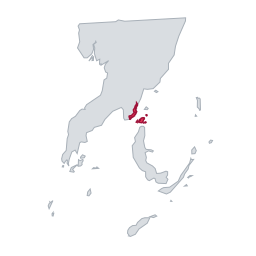 Tawae/Siassi District, Morobe, Papua New Guinea (highlighted), rotated 87°
{"feature_id": "67681753B89980721222980", "entity_name": "Tawae/Siassi District", "entity_type": "district", "adm_level": 2, "iso_a3": "PNG", "parent_name": "Papua New Guinea", "parent_adm1": "Morobe", "projection": "robinson", "projection_center": [147.705, -5.833], "detail": "fine", "context": "in_parent", "style": "filled", "palette": "rose", "viewbox_px": 256, "rotation_deg": 87, "n_neighbors": 0, "source": "geoboundaries", "source_scale": "gbopen_adm2", "svg_char_len": 6792}
<svg xmlns="http://www.w3.org/2000/svg" viewBox="0 0 256 256"><g transform="rotate(87 128 128)"><path d="M21.4,170.8L21.2,134.7L19.6,132.0L21.2,125.6L21.0,64.7L24.1,65.0L38.8,72.4L48.8,76.3L57.5,78.1L65.5,84.2L71.5,84.5L80.2,93.1L83.8,93.7L90.0,100.8L90.4,106.6L89.7,110.2L99.2,113.7L108.2,118.7L113.2,119.2L115.9,120.9L119.3,125.1L119.9,130.8L117.9,131.8L109.5,131.7L107.1,133.6L110.5,142.4L118.2,150.6L123.9,154.3L125.6,161.6L128.6,163.9L130.5,169.7L133.5,170.3L139.3,169.4L140.2,171.8L139.4,175.5L140.2,177.0L150.9,180.1L147.3,182.0L149.0,185.4L156.0,188.3L160.3,189.4L162.9,189.0L159.9,190.7L157.1,190.2L156.6,190.7L157.8,192.1L160.0,193.6L157.7,195.6L155.3,195.9L151.0,194.6L147.2,190.9L135.5,189.3L131.5,187.7L128.3,188.3L118.8,186.3L115.7,183.8L113.6,179.9L108.0,175.2L106.7,172.9L107.2,169.9L105.7,170.3L102.5,168.1L93.9,153.8L89.5,151.8L78.7,149.4L77.1,146.6L72.0,145.5L70.9,147.4L66.7,148.6L63.2,147.3L59.7,143.8L63.9,151.7L62.4,151.6L63.1,152.9L62.3,153.1L57.8,152.6L59.2,155.8L51.7,157.7L46.2,157.0L43.5,157.8L42.4,157.7L41.0,155.3L39.0,155.8L40.7,155.8L42.8,158.6L47.5,158.2L52.0,160.3L55.8,165.0L55.6,168.2L45.4,174.2L39.4,171.7L30.6,172.3L27.5,171.3L23.6,172.5L21.4,170.8ZM177.0,90.9L179.2,92.5L181.3,90.8L185.5,92.9L184.7,100.8L183.3,102.9L179.8,103.7L179.4,104.9L181.7,109.5L180.7,111.2L177.7,112.9L172.6,112.7L171.3,115.9L168.5,118.7L157.6,124.3L145.9,124.7L142.0,121.3L137.9,121.9L132.4,117.8L127.9,116.2L127.0,114.6L127.1,112.6L128.3,111.4L136.5,111.6L141.6,113.2L148.4,112.2L150.3,111.0L151.0,106.0L152.2,103.9L153.3,104.8L151.9,108.7L153.5,112.2L158.3,111.2L161.4,112.0L163.8,111.0L167.2,105.5L169.9,103.0L174.9,101.8L174.8,97.8L173.1,92.3L173.8,90.7L177.0,90.9ZM236.4,131.2L235.8,133.0L235.5,132.4L233.0,134.0L230.1,133.5L227.6,131.7L225.7,128.6L225.6,125.0L222.8,123.4L219.2,118.9L218.5,115.9L218.8,110.9L224.1,113.8L229.4,122.3L234.5,126.2L236.4,131.2ZM195.9,93.1L192.5,101.0L190.3,97.7L189.4,95.5L189.3,89.5L183.7,80.6L177.9,77.6L166.2,68.3L161.6,66.8L162.8,66.4L162.8,64.1L168.5,69.0L172.1,70.1L176.9,73.9L180.1,75.2L194.3,89.1L195.9,93.1ZM102.8,54.4L113.8,54.7L114.0,55.7L112.6,55.9L110.7,57.7L104.1,57.2L101.2,58.2L101.0,56.8L102.1,56.5L101.9,55.1L102.8,54.4ZM158.4,174.5L160.4,175.9L162.1,175.7L163.4,177.2L163.6,179.8L162.9,180.3L162.4,179.6L157.0,179.1L158.1,177.6L157.0,174.7L158.4,174.5ZM157.2,65.6L153.3,65.5L150.3,62.5L154.2,61.0L157.1,62.5L157.2,65.6ZM166.3,185.5L168.8,183.9L169.3,184.5L168.4,188.4L164.5,186.7L161.9,180.4L166.3,185.5ZM186.9,169.0L191.1,168.3L193.1,170.0L193.7,170.6L193.3,172.3L189.8,171.6L186.9,169.0ZM196.6,206.8L204.5,211.0L201.6,211.8L199.1,210.6L198.7,209.6L197.7,209.9L198.3,209.2L196.6,206.8ZM122.5,117.2L119.0,113.9L119.2,111.7L122.9,113.7L122.5,117.2ZM155.7,176.9L154.7,177.0L152.4,174.8L153.8,172.2L155.4,173.2L155.7,176.9ZM217.7,110.7L216.1,105.5L217.5,103.9L218.8,107.2L217.7,110.7ZM110.3,110.7L107.8,108.7L109.6,106.8L110.7,107.8L110.3,110.7ZM147.5,47.5L146.2,47.9L144.4,46.2L144.9,44.2L147.0,45.5L147.5,47.5ZM94.1,97.8L92.7,99.7L91.7,98.3L93.3,96.2L94.1,97.8ZM166.8,159.4L166.9,165.7L165.8,164.5L166.3,161.9L165.2,161.1L166.8,159.4ZM56.7,161.0L59.1,163.6L53.3,159.5L56.7,161.0ZM58.8,160.4L55.6,159.4L55.0,158.6L58.7,159.0L58.8,160.4ZM212.0,207.4L211.8,208.3L209.7,208.4L208.3,207.2L209.6,207.4L209.4,206.6L212.0,207.4ZM188.9,71.8L189.0,74.7L187.5,72.6L188.9,71.8ZM181.1,70.2L180.5,71.0L179.0,69.0L179.3,68.6L181.1,70.2ZM163.6,194.4L163.4,195.7L162.0,195.0L162.2,194.2L163.6,194.4ZM179.8,68.0L178.7,68.3L178.9,66.3L179.8,68.0ZM119.8,58.8L119.9,60.3L118.3,59.9L119.8,58.8ZM203.6,88.1L203.4,89.4L202.5,88.9L203.6,88.1Z" fill="#d9dde1" stroke="#a8b0b8" stroke-width="1"/><path d="M119.3,125.8L119.4,125.4L119.3,125.2L119.2,125.1L119.0,124.9L118.9,124.9L118.8,124.7L118.7,124.6L118.2,124.6L118.0,124.4L117.8,124.2L117.7,124.1L117.7,123.9L117.7,123.7L117.4,123.5L117.4,123.3L117.4,123.1L117.4,122.9L117.2,122.6L117.0,122.4L116.9,122.4L116.8,122.2L116.8,121.8L116.7,121.7L116.3,121.4L116.2,121.1L116.0,120.9L115.9,120.9L116.0,120.9L116.0,121.0L115.9,120.9L115.7,120.8L115.5,120.6L115.3,120.6L115.2,120.5L115.1,120.4L114.9,120.3L114.9,120.2L114.7,119.9L114.4,119.7L114.2,119.5L114.0,119.4L113.8,119.3L113.6,119.4L113.4,119.3L113.1,119.4L113.1,119.2L112.9,119.0L112.8,118.8L112.6,118.7L112.6,118.8L112.4,118.8L112.5,118.7L112.4,118.8L112.3,119.0L111.9,118.8L111.7,118.7L111.3,118.9L111.2,119.1L110.9,119.2L110.9,119.3L110.7,119.4L110.4,119.4L110.1,119.3L109.9,119.2L109.7,119.2L109.3,119.3L108.9,119.3L108.8,119.2L108.8,118.9L108.7,118.8L108.6,118.7L108.4,118.5L108.2,118.6L108.1,119.0L107.8,119.0L107.7,119.0L107.6,118.9L107.3,118.7L107.1,118.6L106.8,118.5L106.7,118.4L106.5,118.1L106.5,117.9L106.4,117.8L106.4,117.7L106.1,117.6L105.9,117.4L105.7,117.4L105.3,117.4L105.2,117.4L105.0,117.5L104.9,117.6L104.7,117.6L104.5,117.4L104.4,117.4L103.3,118.1L104.5,118.2L106.5,119.7L108.1,120.2L110.2,121.7L112.1,121.4L112.3,121.2L112.6,120.6L115.8,124.0L116.0,125.7L116.5,125.8L116.5,126.2L116.9,126.0L117.0,126.0L117.3,126.2L117.5,126.1L117.8,126.1L117.9,125.9L118.0,125.9L118.0,125.7L118.3,125.7L118.5,125.7L118.8,125.7L119.0,125.7L119.2,125.8L119.3,125.8L119.3,125.8ZM119.2,111.2L118.9,111.2L118.9,111.4L118.7,111.5L118.6,111.8L118.6,112.0L118.5,112.4L118.6,112.5L118.6,112.8L118.6,113.0L118.7,113.3L118.7,113.6L118.8,113.7L118.9,113.8L118.9,114.0L119.0,114.0L119.2,114.3L119.2,114.5L119.3,114.6L119.5,114.6L119.7,114.8L119.8,114.9L120.0,115.0L120.2,115.3L120.2,115.5L120.1,115.8L120.3,115.9L120.4,116.0L120.5,115.9L120.5,116.0L120.7,116.3L120.8,116.3L120.9,116.2L120.9,116.3L121.1,116.3L121.3,116.3L121.5,116.4L121.6,116.6L121.8,116.6L121.9,116.8L122.0,117.0L122.2,117.3L122.3,117.2L122.4,116.9L122.5,117.0L122.6,116.9L122.6,116.7L122.8,116.4L123.0,116.2L123.0,115.9L123.1,115.6L123.1,115.2L123.2,114.8L123.3,114.6L123.4,114.2L123.2,113.9L123.1,113.7L122.9,113.4L122.8,113.2L122.6,113.1L122.4,112.8L122.2,112.7L121.9,112.6L121.7,112.4L121.2,112.4L120.9,112.3L120.6,112.3L120.5,112.2L120.4,112.0L120.4,111.8L120.1,111.6L120.0,111.4L119.9,111.3L119.7,111.3L119.6,111.2L119.4,111.2L119.2,111.2ZM123.4,111.0L123.5,110.9L123.7,110.7L123.8,110.6L123.8,110.4L123.7,110.1L123.4,109.9L123.2,109.7L122.9,110.0L122.8,110.3L122.9,110.5L123.0,110.8L123.3,111.0L123.4,111.0ZM116.3,108.3L116.2,108.3L115.8,108.5L115.7,108.8L115.7,109.1L115.8,109.1L116.1,109.3L116.3,109.3L116.6,109.0L116.7,108.9L116.8,108.8L116.7,108.6L116.6,108.4L116.3,108.3ZM122.5,119.4L122.6,119.2L122.4,119.3L122.5,119.4L122.5,119.4ZM121.4,118.4L121.3,118.2L121.3,118.3L121.2,118.3L121.3,118.4L121.4,118.4ZM122.0,117.2L121.9,116.9L121.9,117.0L122.0,117.2ZM123.8,112.3L123.8,112.2L123.7,112.2L123.7,112.3L123.8,112.3ZM121.8,116.8L121.7,116.7L121.7,116.8L121.8,116.8ZM122.4,118.5L122.4,118.4L122.3,118.5L122.4,118.5Z" fill="#f43f5e" stroke="#9f1239" stroke-width="1.5"/></g></svg>